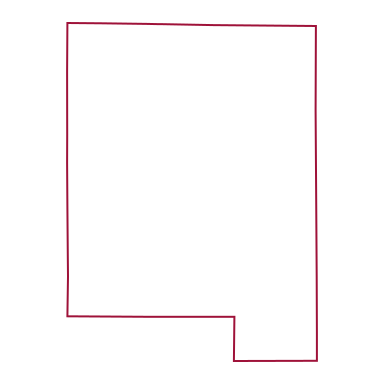 outline of Calumet, Wisconsin, United States of America
{"feature_id": "52423323B78835319371150", "entity_name": "Calumet", "entity_type": "district", "adm_level": 2, "iso_a3": "USA", "parent_name": "United States of America", "parent_adm1": "Wisconsin", "projection": "mercator", "projection_center": [-88.247, 44.068], "detail": "fine", "context": "isolated", "style": "outline", "palette": "rose", "viewbox_px": 384, "rotation_deg": 0, "n_neighbors": 0, "source": "geoboundaries", "source_scale": "gbopen_adm2", "svg_char_len": 385}
<svg xmlns="http://www.w3.org/2000/svg" viewBox="0 0 384 384"><path d="M67.4,23.0L67.1,71.5L67.2,134.8L67.1,163.0L67.4,208.1L67.8,256.0L68.0,276.4L67.4,316.3L148.8,316.8L234.4,316.8L233.9,361.0L316.9,360.8L316.9,346.6L316.9,332.6L316.7,277.1L315.6,110.1L315.9,26.0L213.1,25.1L159.6,24.1L156.7,24.1L146.8,23.9L101.9,23.3L67.4,23.0Z" fill="none" stroke="#9f1239" stroke-width="2"/></svg>